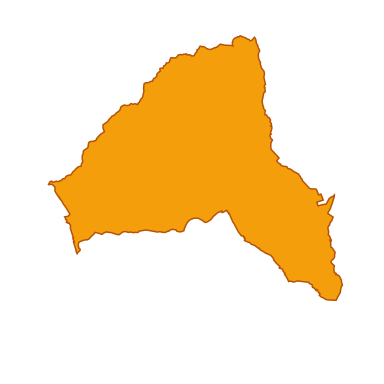 Patarlagele, Buzau, Romania, rotated 76°
{"feature_id": "2599482B92792236227552", "entity_name": "Patarlagele", "entity_type": "district", "adm_level": 2, "iso_a3": "ROU", "parent_name": "Romania", "parent_adm1": "Buzau", "projection": "natural_earth1", "projection_center": [26.343, 45.318], "detail": "fine", "context": "isolated", "style": "filled", "palette": "amber", "viewbox_px": 384, "rotation_deg": 76, "n_neighbors": 0, "source": "geoboundaries", "source_scale": "gbopen_adm2", "svg_char_len": 5878}
<svg xmlns="http://www.w3.org/2000/svg" viewBox="0 0 384 384"><g transform="rotate(76 192 192)"><path d="M224.0,318.4L223.1,317.5L221.8,315.0L221.1,314.5L220.4,314.4L219.3,315.2L217.2,315.3L215.7,315.1L213.7,314.2L213.1,312.9L212.7,310.1L212.6,306.7L213.1,305.4L212.7,303.4L210.5,300.1L209.0,297.1L207.8,295.8L208.3,294.4L211.4,289.5L210.6,288.1L210.0,285.0L212.0,280.0L215.3,274.6L215.8,273.0L214.0,268.8L214.3,266.0L215.8,263.5L216.0,262.3L215.9,261.2L217.2,259.2L217.4,256.9L218.2,254.3L217.2,252.4L217.8,245.6L222.6,235.0L222.6,233.2L224.4,229.2L224.7,227.8L224.2,224.5L224.4,223.8L223.5,222.2L223.5,219.9L224.9,216.7L226.1,216.4L227.1,214.9L227.9,212.9L227.9,211.0L227.6,209.2L225.7,208.3L220.9,204.4L219.3,202.3L218.4,200.2L217.9,196.5L218.9,192.4L221.6,189.3L224.6,186.8L224.9,185.7L224.6,184.1L223.5,180.7L221.9,178.4L221.2,177.8L218.1,171.8L218.1,169.2L217.7,168.6L217.6,167.8L219.2,167.8L219.3,167.1L218.2,162.9L219.3,162.6L219.2,162.3L219.9,162.2L221.9,161.6L221.7,161.2L231.1,159.6L232.7,158.9L241.9,156.7L246.6,154.6L247.0,153.0L248.0,152.9L248.0,152.4L248.5,152.0L249.4,152.4L249.6,151.9L250.3,151.8L251.5,152.9L252.1,152.5L254.0,150.0L255.0,148.3L257.1,147.0L258.9,144.2L262.8,141.1L262.6,140.7L264.8,139.7L267.0,137.2L268.9,135.6L272.4,131.0L275.8,129.2L277.0,129.0L277.4,129.1L276.9,129.4L277.7,129.2L281.0,127.6L286.0,124.7L286.7,125.7L287.3,125.4L287.9,124.0L289.1,122.8L291.1,122.7L293.4,121.4L293.8,122.1L294.2,122.2L296.6,121.1L302.3,119.8L302.2,118.9L302.4,117.6L303.6,116.0L304.0,114.6L303.9,112.8L303.6,111.8L307.8,100.7L309.3,100.2L310.9,98.0L312.3,97.9L312.9,98.3L314.0,97.9L314.2,97.1L315.1,96.5L315.8,96.4L316.6,95.3L317.7,95.5L317.9,95.3L317.7,95.0L316.8,94.5L317.2,94.2L320.3,93.2L320.4,93.5L321.7,92.4L323.0,93.5L325.3,91.9L326.4,90.3L328.8,88.0L330.1,84.6L331.9,78.3L329.2,76.1L325.6,72.6L323.5,71.6L322.7,71.5L319.8,69.9L318.7,68.5L317.3,68.7L313.3,68.5L309.5,69.3L308.4,70.0L307.5,71.0L307.0,72.4L306.3,71.8L305.7,71.9L304.9,73.2L304.2,73.1L303.9,73.4L300.1,72.8L298.5,71.8L298.0,71.7L294.0,74.3L292.7,73.6L291.6,72.0L291.2,70.9L289.5,69.4L286.9,68.6L285.2,67.7L280.0,69.6L278.6,70.7L275.0,69.7L272.3,69.8L273.2,68.8L272.7,68.5L268.0,69.2L266.6,70.2L263.8,69.0L262.3,69.1L261.6,68.8L261.0,69.1L260.3,69.0L258.6,68.2L257.5,67.0L257.4,66.4L256.5,66.3L254.9,65.1L255.0,64.8L254.0,64.2L254.0,63.9L253.5,63.1L252.4,62.6L250.5,61.1L245.8,65.4L244.4,64.6L242.2,62.3L237.9,59.3L230.6,54.9L229.3,54.6L230.4,56.3L230.5,58.0L231.1,58.9L231.3,60.2L236.2,64.7L235.8,68.7L236.0,73.0L232.1,73.4L231.6,66.6L225.2,67.4L225.4,69.9L219.6,70.6L218.9,71.6L217.9,75.6L216.6,77.3L207.5,82.2L205.7,82.2L204.6,83.1L203.4,83.1L200.0,84.5L199.6,85.3L198.2,86.4L197.5,87.7L197.0,87.9L196.3,88.7L193.8,90.7L193.6,91.4L193.1,91.8L192.4,93.3L190.6,93.8L190.1,94.4L188.9,97.8L187.1,99.5L186.6,99.3L184.6,101.1L182.8,102.2L182.2,102.2L180.0,99.3L170.0,104.8L167.7,104.8L163.6,103.6L160.9,101.3L159.1,102.6L156.3,102.8L155.3,102.3L155.3,101.5L155.0,101.1L154.2,101.6L153.7,101.5L149.5,99.1L147.6,98.7L147.0,99.8L146.5,99.4L146.5,99.1L145.7,98.5L144.3,98.5L143.0,99.2L142.2,99.3L141.5,98.5L141.1,98.4L138.6,99.1L137.7,100.5L135.4,100.9L134.6,102.5L132.1,101.9L130.9,101.1L128.2,102.4L127.4,102.1L123.9,102.3L120.7,101.9L113.1,98.3L112.8,97.2L112.2,96.5L109.8,96.5L108.7,95.9L107.3,96.5L106.2,95.8L105.5,94.7L98.1,94.5L94.8,93.1L92.6,92.9L88.3,94.6L84.4,94.8L82.8,94.2L81.3,94.7L77.9,95.0L75.4,94.6L73.4,93.9L72.2,93.0L72.0,92.6L70.8,92.1L68.0,92.9L66.1,92.8L63.0,93.5L59.4,93.2L57.0,93.9L59.0,96.8L59.5,98.5L59.3,99.0L57.8,99.8L56.9,101.5L55.7,102.4L52.1,107.5L52.8,108.6L52.4,110.5L53.0,111.4L53.0,113.1L54.2,115.1L57.1,116.9L60.2,117.0L59.5,117.8L57.5,124.6L55.4,128.8L56.9,131.6L57.5,133.1L57.3,133.4L57.7,134.7L57.5,136.0L57.9,136.5L58.1,140.0L57.1,142.2L53.9,145.3L53.5,146.2L53.6,147.1L52.9,147.7L52.5,148.8L52.8,149.4L54.6,150.7L55.3,152.8L56.2,152.9L57.6,153.8L57.8,154.7L59.9,156.6L60.3,157.6L59.8,159.7L58.8,160.1L58.2,161.5L58.3,162.5L57.5,163.1L57.6,163.5L56.7,164.1L56.5,164.7L56.8,165.3L56.4,166.2L56.4,168.7L55.8,170.0L55.7,172.3L57.2,173.8L57.9,175.4L57.7,176.7L56.8,178.8L56.8,180.3L58.6,181.6L59.8,182.0L60.4,182.7L60.9,184.1L60.6,185.8L61.8,186.5L62.5,187.6L62.9,189.0L64.8,190.0L64.3,193.0L65.3,193.6L67.1,193.5L67.8,195.6L68.9,197.3L71.4,198.5L72.4,200.1L72.7,201.9L75.0,203.5L74.7,204.8L74.9,206.2L75.4,207.4L74.8,210.7L75.4,212.3L80.0,214.0L82.4,214.2L87.1,216.5L88.5,217.4L89.1,218.8L90.0,219.2L90.6,220.3L92.3,221.4L92.7,222.8L94.0,223.4L94.0,223.9L93.2,224.7L92.5,226.3L92.7,227.6L92.3,228.5L91.4,230.0L92.4,231.5L92.5,232.4L92.4,234.2L91.2,236.7L91.4,238.2L92.2,240.3L95.1,242.2L96.3,244.3L96.7,245.8L98.6,248.7L99.1,251.5L100.3,252.8L101.3,254.8L102.5,255.8L103.2,256.8L105.3,262.1L108.6,262.9L112.3,262.4L113.9,266.8L115.4,269.3L116.8,271.2L118.8,272.9L118.7,274.1L119.0,275.3L118.4,278.4L118.7,279.5L119.0,280.1L120.3,280.9L123.1,281.9L123.7,282.4L124.2,283.2L125.2,286.3L126.1,287.6L128.6,288.3L130.2,289.7L133.3,290.5L136.2,290.7L138.2,292.6L140.1,293.3L140.0,296.4L140.7,297.2L141.0,298.4L142.8,300.9L143.5,302.5L146.1,305.4L145.8,307.6L146.2,310.0L146.8,310.9L147.8,311.6L148.2,312.5L148.3,312.9L147.9,313.6L148.1,314.6L149.3,316.2L149.1,317.1L149.4,317.9L149.4,319.7L149.1,320.5L148.8,320.8L148.7,321.6L149.0,324.2L148.8,324.6L147.9,325.1L147.5,326.0L147.4,326.6L147.8,327.4L149.9,329.4L150.3,329.1L150.4,326.8L150.8,325.9L153.7,323.9L155.9,324.1L156.8,324.6L158.4,324.6L159.8,324.3L161.7,323.5L163.3,323.3L164.0,322.3L165.2,322.1L165.4,322.4L166.4,321.5L167.2,321.7L169.0,320.6L172.3,319.8L176.5,318.1L183.5,316.0L184.3,316.0L185.6,318.4L185.3,321.5L186.5,321.1L187.9,321.3L189.4,320.3L191.1,321.2L191.5,320.6L191.4,320.1L192.4,319.8L192.4,318.8L195.4,317.9L196.6,318.6L198.3,318.8L206.2,318.3L207.4,317.9L207.9,318.9L211.9,318.2L211.8,319.1L219.9,318.6L221.9,318.8L224.0,318.4Z" fill="#f59e0b" stroke="#b45309" stroke-width="1.5"/></g></svg>